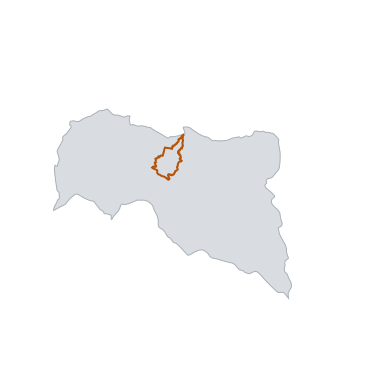 location of Kaga-Bandoro, Nana-Grébizi, Central African Republic, rotated 35°
{"feature_id": "33826404B9567885504809", "entity_name": "Kaga-Bandoro", "entity_type": "district", "adm_level": 2, "iso_a3": "CAF", "parent_name": "Central African Republic", "parent_adm1": "Nana-Grébizi", "projection": "albers", "projection_center": [19.16, 7.502], "detail": "fine", "context": "in_parent", "style": "outline", "palette": "amber", "viewbox_px": 384, "rotation_deg": 35, "n_neighbors": 0, "source": "geoboundaries", "source_scale": "gbopen_adm2", "svg_char_len": 7644}
<svg xmlns="http://www.w3.org/2000/svg" viewBox="0 0 384 384"><g transform="rotate(35 192 192)"><path d="M258.7,147.1L261.9,147.9L262.4,148.8L261.6,152.0L262.2,154.0L264.0,155.7L265.8,156.4L267.6,156.8L273.6,157.7L276.1,158.9L279.5,162.6L283.7,165.9L284.7,167.7L284.5,169.4L283.3,171.4L283.5,172.2L285.5,174.2L287.7,176.2L291.7,178.4L298.7,181.8L301.9,184.2L303.0,185.9L304.8,187.9L307.3,189.6L309.0,191.0L307.9,194.9L308.3,196.2L308.9,197.3L310.4,198.8L311.0,200.8L312.5,203.2L314.2,204.3L317.1,204.7L318.6,205.8L321.8,207.7L324.9,209.3L326.2,210.5L327.0,211.5L327.8,212.7L328.1,213.9L328.2,216.5L328.8,219.8L330.5,222.0L332.1,223.7L325.8,221.9L324.9,221.8L323.8,222.2L320.6,224.6L319.5,224.9L315.4,224.5L305.5,222.8L297.8,221.1L295.5,220.5L291.4,219.9L288.7,221.2L286.3,225.4L285.5,226.3L281.6,227.5L279.7,227.2L275.1,228.4L268.0,226.8L265.5,227.2L263.5,228.1L258.4,230.0L255.3,231.1L251.7,232.2L248.3,233.7L246.0,234.5L243.8,234.6L241.7,233.7L239.5,233.0L236.8,232.9L234.1,233.3L231.7,235.0L230.8,236.2L228.7,239.4L226.4,244.6L225.4,245.6L224.6,246.2L213.4,243.7L208.6,243.1L205.4,243.9L201.3,242.5L199.6,242.2L198.7,242.7L196.5,242.1L192.8,240.3L189.3,239.6L186.1,239.9L184.2,239.3L182.6,237.6L180.6,234.5L177.0,231.4L172.1,228.9L169.1,227.0L167.9,225.8L165.3,225.1L161.3,224.9L157.4,226.2L151.9,230.0L146.8,238.0L144.0,241.1L141.7,241.8L141.1,243.8L142.2,246.8L142.5,250.3L141.7,256.3L142.0,260.6L140.8,259.9L139.6,257.9L139.0,257.5L135.7,258.4L133.9,259.2L133.0,260.0L132.2,260.1L131.2,259.0L130.3,258.8L129.0,259.0L127.6,259.0L126.7,258.9L126.2,259.0L124.6,258.3L118.7,256.6L117.7,256.0L116.6,256.1L113.5,257.5L111.9,257.9L107.1,258.8L102.0,259.2L100.0,259.3L98.6,259.9L97.7,260.8L96.1,266.3L95.7,267.2L95.7,268.6L95.3,273.0L95.4,274.4L89.2,286.5L88.2,284.5L87.5,282.1L87.3,279.4L87.4,278.7L87.1,277.9L86.5,275.6L87.1,274.2L86.7,272.7L85.5,271.2L84.4,270.1L83.8,269.1L83.2,268.6L82.0,268.5L80.4,267.9L73.6,260.8L66.5,252.7L65.1,250.1L64.5,248.6L66.3,248.4L66.7,248.2L66.8,247.5L65.7,245.4L65.2,242.8L64.3,241.2L61.6,238.7L58.9,236.8L58.1,235.8L57.6,234.5L56.7,225.8L56.3,223.3L55.4,222.2L54.8,221.7L54.6,221.1L54.7,219.6L55.1,218.2L55.1,217.7L55.8,216.5L55.9,208.4L55.1,207.3L53.5,207.3L52.6,206.1L51.9,204.6L52.1,203.6L53.7,202.0L54.7,201.4L57.8,200.1L58.6,199.5L59.2,198.7L59.5,197.6L61.3,193.5L64.0,189.4L65.1,188.6L67.8,182.6L68.4,181.0L68.9,179.5L69.7,178.3L72.6,176.2L74.8,172.7L77.2,172.9L79.6,173.5L82.7,173.8L85.1,173.1L86.7,171.7L94.2,169.3L94.7,167.4L95.9,166.4L97.3,165.5L97.8,165.4L97.9,166.1L98.7,168.1L100.4,170.1L102.9,172.3L103.6,172.1L105.1,170.5L109.1,169.5L110.0,169.0L112.8,166.6L116.2,165.1L118.1,164.5L121.5,163.0L123.9,163.2L127.7,162.9L134.1,162.2L138.8,162.0L141.1,161.7L141.7,161.3L142.6,159.0L143.3,158.4L145.1,157.4L148.5,153.9L150.7,150.9L151.4,149.9L151.9,149.7L152.8,148.4L151.9,147.1L148.0,144.5L148.1,144.2L147.9,143.7L148.1,143.4L149.6,142.3L151.5,141.1L153.6,140.6L159.1,140.7L163.7,140.5L164.8,140.5L168.4,139.9L170.9,139.3L173.5,138.1L179.2,138.2L184.0,135.0L185.4,134.4L186.0,133.9L186.2,133.4L188.4,132.1L191.0,129.5L192.9,127.1L193.5,125.4L198.9,119.8L200.8,119.9L201.7,119.2L203.8,115.4L204.5,114.7L206.7,114.0L207.8,112.9L208.7,111.2L208.7,109.2L208.3,107.5L208.3,106.7L208.8,106.0L209.6,105.2L213.8,103.2L214.8,102.2L215.4,101.3L216.6,101.1L217.8,101.2L218.6,100.6L219.5,99.7L222.4,98.5L225.0,97.5L227.8,97.9L232.8,99.1L234.4,101.7L235.1,102.7L241.4,109.0L242.6,110.5L245.7,115.1L247.6,118.2L249.8,122.7L250.1,125.1L249.8,127.2L249.4,133.1L248.9,134.8L246.2,138.0L246.1,139.5L246.6,140.7L247.5,141.2L248.0,141.7L247.7,144.5L248.7,145.6L250.8,146.3L256.0,146.7L258.7,147.1Z" fill="#d9dde1" stroke="#a8b0b8" stroke-width="1"/><path d="M152.1,150.2L152.1,150.8L152.1,151.1L152.1,151.3L151.8,151.4L151.8,151.5L151.7,151.7L151.8,151.8L152.0,151.9L152.1,152.0L152.0,152.3L151.8,152.4L151.7,152.5L151.7,152.8L151.8,153.0L152.0,153.3L152.1,153.5L151.8,153.8L151.7,153.9L151.7,154.0L151.7,154.3L151.8,154.4L151.8,154.6L151.6,154.7L151.5,154.8L151.4,154.8L151.3,155.0L151.5,155.3L151.5,155.5L151.4,155.6L151.3,155.9L151.2,156.0L150.9,156.1L150.8,156.5L150.9,156.9L150.9,157.1L151.0,157.2L151.2,157.3L151.3,157.3L151.6,157.4L151.8,157.8L151.9,158.0L151.8,158.4L151.8,158.5L151.9,159.0L151.8,159.3L151.7,159.3L151.6,159.5L151.7,160.2L151.7,160.3L151.6,160.5L151.4,160.6L151.4,160.8L151.6,160.9L151.8,161.0L151.7,161.3L151.5,161.5L151.4,162.0L151.2,162.1L151.1,162.5L151.0,162.8L151.1,163.0L150.9,163.3L150.9,163.5L151.0,163.5L151.1,163.8L151.0,164.1L150.8,164.3L150.7,164.4L150.4,164.5L150.2,164.6L150.4,164.9L150.6,165.0L150.6,165.4L150.4,165.5L150.1,165.6L149.9,165.8L150.0,165.9L150.1,166.0L150.3,166.3L150.2,166.6L150.1,166.8L150.0,167.0L150.0,167.5L150.3,167.8L150.6,167.8L150.8,167.8L150.9,168.0L150.6,168.1L150.2,168.3L148.5,169.1L144.4,171.1L144.6,172.0L145.6,174.7L147.2,179.0L146.9,179.3L146.7,179.4L146.6,179.5L146.3,179.6L146.1,179.6L145.9,179.7L145.7,179.8L145.5,180.2L145.5,180.3L145.6,180.5L145.6,180.8L145.5,181.1L145.3,181.2L145.1,181.3L144.8,181.4L144.5,181.6L144.3,181.8L144.2,182.0L144.8,182.2L145.0,182.3L145.2,182.5L144.9,182.8L144.6,182.9L144.4,183.0L144.2,183.3L144.2,183.6L144.1,183.8L144.1,184.0L144.1,184.3L144.1,184.5L143.9,184.8L143.5,184.9L143.4,184.9L143.2,185.1L143.1,185.4L143.1,185.6L143.0,185.8L144.3,186.8L144.5,187.3L144.7,188.4L144.8,188.4L145.0,188.4L145.3,188.5L145.2,188.6L145.1,188.8L145.0,189.2L144.9,189.6L146.4,190.8L147.0,190.9L147.5,191.1L147.7,191.4L147.9,191.6L147.9,191.8L147.9,192.1L147.7,192.3L147.1,192.6L146.5,193.0L146.0,193.2L145.8,193.3L145.5,193.7L145.4,194.3L145.3,194.9L146.7,195.0L149.1,194.4L150.0,194.3L150.5,194.2L150.8,194.2L151.0,194.3L151.3,194.5L151.5,194.6L151.9,195.4L152.0,195.7L152.2,196.0L152.5,196.2L152.8,196.4L153.1,196.5L153.7,196.7L154.1,196.8L154.5,196.7L155.0,196.6L155.8,196.3L156.4,196.4L158.2,196.2L159.1,195.8L160.8,195.3L162.3,195.3L165.5,195.6L165.9,195.0L166.0,194.6L166.0,194.2L165.9,194.0L165.5,193.9L165.3,194.0L165.1,193.7L164.9,193.5L164.6,193.5L164.3,193.6L164.1,193.4L164.0,192.7L163.7,192.4L162.9,192.2L162.7,192.0L162.5,191.4L162.7,190.9L162.9,190.6L163.6,190.3L164.2,190.2L164.8,190.3L165.4,190.2L165.8,189.9L165.8,189.7L165.7,189.3L165.8,189.1L166.7,188.7L166.9,188.0L166.9,187.4L166.7,186.9L166.6,186.6L166.8,186.3L166.8,185.8L166.6,184.7L166.3,184.6L166.3,184.3L166.6,183.9L166.8,183.6L167.2,182.7L167.4,182.1L167.4,181.8L167.0,181.4L166.4,181.0L165.4,180.2L165.4,178.9L164.8,177.9L164.6,177.7L164.2,176.3L164.1,175.3L164.2,174.6L164.5,174.0L165.0,173.8L165.7,172.7L165.6,172.3L165.4,172.3L165.1,172.7L164.8,172.6L164.7,172.3L164.5,172.2L164.3,172.2L164.1,172.2L163.9,172.1L163.6,172.1L163.1,172.0L162.9,171.9L162.9,171.3L163.2,170.9L163.3,170.5L163.1,170.2L162.6,170.1L162.7,169.8L162.9,169.5L163.1,169.4L162.7,169.4L162.4,169.4L162.1,169.3L161.8,169.0L161.7,168.8L161.6,168.6L161.4,168.5L161.1,168.5L160.8,168.7L160.5,168.7L160.3,168.5L159.9,168.1L159.7,168.5L159.4,168.2L159.0,167.7L158.7,167.7L158.6,168.0L158.2,168.1L157.9,167.6L157.4,166.9L157.5,166.6L157.8,166.5L158.0,166.3L157.9,166.0L157.6,165.9L157.4,165.6L157.4,165.3L157.7,165.0L158.0,164.8L158.1,164.7L157.8,164.3L157.7,164.0L158.0,163.6L158.1,163.2L157.9,162.7L157.9,162.2L158.2,162.0L158.5,161.9L158.2,161.6L158.1,161.4L158.0,161.1L158.1,160.7L158.3,160.5L158.3,160.3L158.1,160.1L158.1,159.9L157.8,159.6L157.8,159.0L157.2,158.7L156.9,158.3L156.5,158.0L156.3,157.5L156.1,157.2L155.8,157.1L155.7,156.9L155.6,156.7L155.6,156.2L155.5,155.9L155.4,155.7L155.3,155.3L155.1,155.0L154.8,154.6L154.4,154.3L154.1,154.3L153.6,153.7L153.2,152.6L152.8,152.4L152.5,151.1L152.4,150.3L152.1,150.2Z" fill="none" stroke="#b45309" stroke-width="2"/></g></svg>